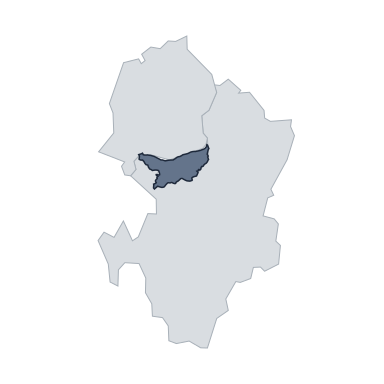 Moldova highlighted, orthographic projection, rotated 102°
{"feature_id": "MDA", "entity_name": "Moldova", "entity_type": "country or territory", "adm_level": 0, "iso_a3": "MDA", "parent_name": "Europe", "parent_adm1": "", "projection": "orthographic", "projection_center": [28.535, 46.964], "detail": "fine", "context": "with_neighbors", "style": "filled", "palette": "slate", "viewbox_px": 384, "rotation_deg": 102, "n_neighbors": 2, "source": "natural_earth", "source_scale": "50m", "svg_char_len": 3367}
<svg xmlns="http://www.w3.org/2000/svg" viewBox="0 0 384 384"><g transform="rotate(102 192 192)"><path d="M275.1,243.0L283.4,247.8L299.4,244.9L297.1,253.4L279.9,258.9L259.0,273.8L249.6,269.7L252.6,258.8L234.6,253.1L252.1,240.1L247.1,235.2L222.3,230.7L220.9,222.2L206.5,225.5L188.9,255.4L181.6,251.5L174.0,255.2L166.9,251.0L170.9,248.6L178.0,233.4L176.9,229.3L195.2,229.4L187.7,218.0L185.3,208.5L179.7,204.8L180.7,197.0L173.8,190.9L156.4,182.9L136.1,188.1L132.1,193.3L115.4,198.3L108.5,192.4L89.5,188.6L82.6,193.0L82.0,186.8L74.1,180.0L82.4,165.4L85.6,167.0L82.5,156.5L97.2,138.5L104.6,136.3L106.6,130.0L100.7,109.7L107.5,109.2L115.6,103.5L140.7,105.7L172.9,115.4L178.2,111.4L182.0,116.7L200.6,117.5L201.2,106.0L205.3,100.9L222.6,99.8L225.9,94.4L244.5,92.3L254.4,104.5L251.2,109.4L253.0,116.3L264.4,116.6L270.4,126.0L270.5,130.5L289.6,136.7L300.3,131.9L310.5,141.5L341.4,144.5L342.6,151.1L338.4,163.8L343.5,175.8L342.3,183.7L327.9,187.4L321.0,194.7L321.7,204.9L309.7,208.1L300.2,216.6L285.8,219.3L273.0,228.9L275.1,243.0Z" fill="#d9dde1" stroke="#a8b0b8" stroke-width="1"/><path d="M166.9,251.0L174.0,255.2L181.6,251.5L188.9,255.4L189.3,261.3L181.5,266.3L176.6,264.1L172.1,291.7L150.5,280.8L131.1,285.7L122.7,291.2L79.7,285.8L72.9,271.9L77.0,268.3L73.2,265.2L67.7,269.9L58.8,262.4L58.4,252.9L49.2,246.7L48.1,239.3L40.5,229.5L53.4,226.4L72.9,197.1L89.5,188.6L108.5,192.4L115.4,198.3L132.1,193.3L136.1,188.1L142.5,188.2L147.1,190.6L165.3,220.8L164.1,240.6L166.9,251.0Z" fill="#d9dde1" stroke="#a8b0b8" stroke-width="1"/><path d="M142.6,187.3L142.9,186.6L146.1,184.5L146.9,184.9L148.5,185.0L151.9,185.0L153.5,183.6L154.5,184.0L155.4,183.4L156.8,182.6L157.0,182.8L159.3,183.3L160.9,184.1L161.9,185.2L163.0,186.0L164.2,186.3L164.8,186.9L164.9,187.7L166.0,188.2L168.0,188.2L168.8,188.8L168.5,189.9L168.7,190.3L169.5,189.9L170.0,190.3L170.3,191.1L170.6,191.6L171.6,190.2L172.7,190.3L175.4,190.9L176.8,193.7L177.7,194.7L178.4,195.1L179.4,194.7L180.2,194.2L180.7,194.4L181.8,196.3L182.1,198.7L182.1,199.7L181.7,201.4L181.2,203.2L180.8,204.3L181.0,205.3L181.4,206.0L182.0,206.3L184.1,207.8L184.9,208.9L186.0,209.7L186.8,209.7L187.3,210.2L187.4,210.7L187.3,212.1L186.9,213.5L187.0,214.3L187.7,215.3L187.8,216.5L187.9,217.2L188.3,217.8L190.2,219.0L192.7,220.2L193.4,221.3L193.8,222.6L193.7,224.9L193.5,226.8L196.9,229.4L196.5,229.9L196.0,230.5L192.9,230.9L192.3,231.2L190.9,229.2L190.2,228.9L189.5,229.7L188.7,230.1L187.8,229.9L186.8,229.3L186.3,228.9L185.8,228.8L185.2,229.3L184.4,229.1L183.8,228.6L183.1,230.3L182.6,230.7L182.3,230.6L182.2,227.8L182.0,227.3L181.3,227.3L179.8,228.0L178.4,228.8L177.9,229.6L177.9,231.0L178.2,232.7L179.2,235.3L178.6,236.4L178.3,238.2L176.7,239.8L174.9,240.8L174.8,242.7L173.8,244.0L172.1,245.4L171.0,247.0L171.3,248.1L171.4,249.1L171.2,249.8L171.1,250.4L170.7,250.6L168.1,250.8L167.4,251.1L166.5,251.9L165.7,250.4L164.9,249.2L164.3,248.5L164.6,248.2L165.2,247.8L165.7,247.4L165.7,245.9L165.3,244.1L165.0,243.3L165.0,242.0L164.8,239.9L165.1,236.2L166.4,231.4L167.1,229.0L166.8,227.7L167.1,224.7L166.5,223.2L165.7,221.2L164.5,217.0L163.0,215.5L161.1,213.8L160.3,212.6L159.8,211.2L158.7,209.9L157.4,208.6L156.0,205.5L155.2,204.1L155.0,203.7L153.3,201.7L152.4,199.9L151.9,198.4L151.7,197.1L150.5,194.4L149.5,192.3L148.5,190.9L148.0,189.9L146.8,188.5L145.1,187.5L144.0,187.3L142.6,187.3Z" fill="#64748b" stroke="#1e293b" stroke-width="1.5"/></g></svg>